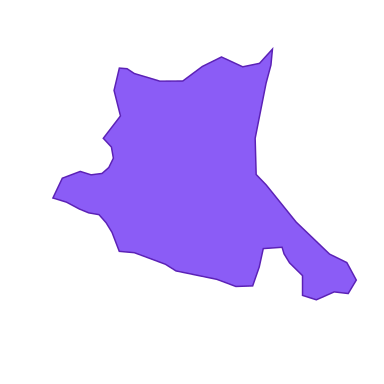 Grad Sofiya, Natural Earth projection, rotated 345°
{"feature_id": "BGR-2243", "entity_name": "Grad Sofiya", "entity_type": "Province", "adm_level": 1, "iso_a3": "BGR", "parent_name": "Bulgaria", "parent_adm1": "", "projection": "natural_earth1", "projection_center": [23.369, 42.657], "detail": "fine", "context": "isolated", "style": "filled", "palette": "violet", "viewbox_px": 384, "rotation_deg": 345, "n_neighbors": 0, "source": "natural_earth", "source_scale": "10m", "svg_char_len": 798}
<svg xmlns="http://www.w3.org/2000/svg" viewBox="0 0 384 384"><g transform="rotate(345 192 192)"><path d="M153.9,53.5L161.2,56.1L166.9,62.6L189.6,76.6L211.8,82.4L234.5,73.4L255.4,69.2L273.4,84.2L290.5,85.2L306.7,74.8L301.1,89.8L291.7,106.1L266.9,156.5L258.5,191.7L265.5,204.4L284.8,248.0L308.8,287.6L323.3,300.3L327.9,319.6L316.6,330.5L303.5,325.3L284.2,328.3L272.0,320.5L277.1,301.4L267.9,285.7L264.9,275.6L264.7,268.7L246.2,265.1L237.5,281.9L226.3,298.4L209.9,294.6L193.4,282.8L156.1,264.1L147.6,254.9L120.6,235.7L106.4,230.5L104.3,210.3L101.1,199.5L96.3,189.8L86.8,185.4L78.8,179.3L68.1,169.3L56.1,161.8L70.3,145.1L89.4,143.2L99.0,149.3L109.9,150.8L118.0,146.8L124.8,139.0L125.8,127.7L120.2,117.2L142.6,100.0L143.0,73.7L153.9,53.5Z" fill="#8b5cf6" stroke="#5b21b6" stroke-width="1.5"/></g></svg>